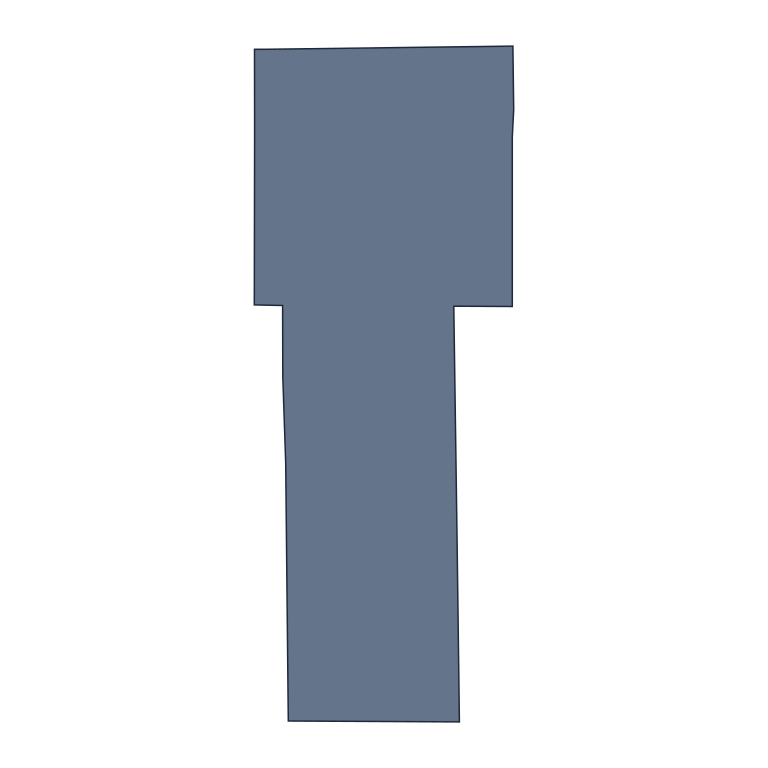 the district of Mille Lacs, Minnesota, United States of America
{"feature_id": "52423323B96230110326853", "entity_name": "Mille Lacs", "entity_type": "district", "adm_level": 2, "iso_a3": "USA", "parent_name": "United States of America", "parent_adm1": "Minnesota", "projection": "orthographic", "projection_center": [-93.624, 45.903], "detail": "fine", "context": "isolated", "style": "filled", "palette": "slate", "viewbox_px": 768, "rotation_deg": 0, "n_neighbors": 0, "source": "geoboundaries", "source_scale": "gbopen_adm2", "svg_char_len": 321}
<svg xmlns="http://www.w3.org/2000/svg" viewBox="0 0 768 768"><path d="M512.3,136.9L513.7,109.7L512.9,46.1L264.4,49.3L254.5,49.3L254.6,134.4L254.3,304.9L282.6,305.5L282.8,377.0L285.7,463.1L288.3,721.0L459.4,721.9L457.2,549.4L453.8,306.2L512.3,306.5L512.3,136.9Z" fill="#64748b" stroke="#1e293b" stroke-width="1.5"/></svg>